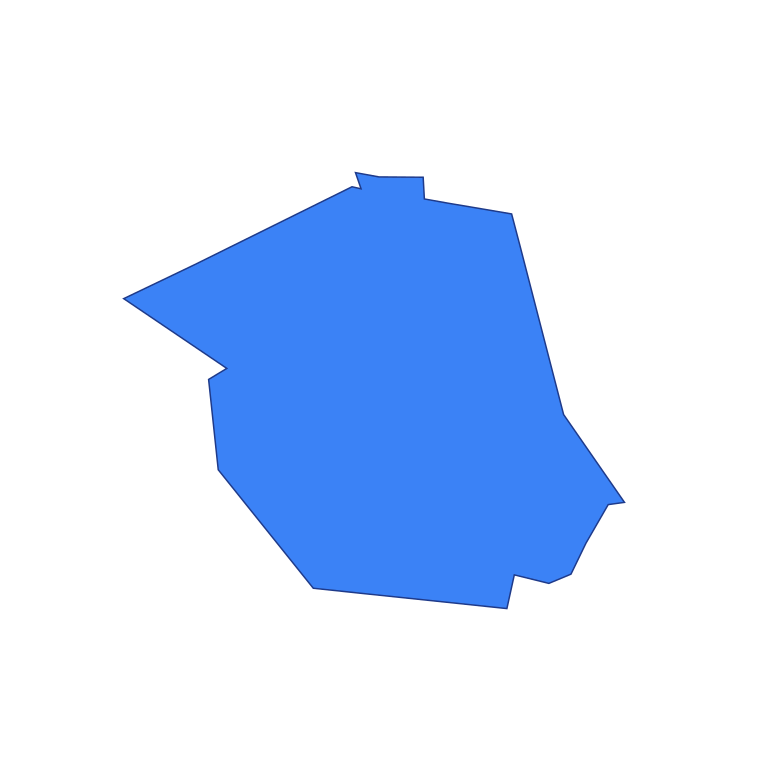 the district of Webster, West Virginia, United States of America, rotated 121°
{"feature_id": "52423323B92436746543107", "entity_name": "Webster", "entity_type": "district", "adm_level": 2, "iso_a3": "USA", "parent_name": "United States of America", "parent_adm1": "West Virginia", "projection": "robinson", "projection_center": [-80.456, 38.483], "detail": "fine", "context": "isolated", "style": "filled", "palette": "blue", "viewbox_px": 768, "rotation_deg": 121, "n_neighbors": 0, "source": "geoboundaries", "source_scale": "gbopen_adm2", "svg_char_len": 471}
<svg xmlns="http://www.w3.org/2000/svg" viewBox="0 0 768 768"><g transform="rotate(121 384 384)"><path d="M379.4,607.9L444.9,651.1L451.6,526.8L470.4,536.7L542.9,481.9L595.5,339.4L573.8,292.8L513.2,163.0L480.5,174.0L470.0,140.0L450.7,125.8L416.5,128.9L371.9,129.7L361.6,116.9L317.7,214.3L196.0,338.1L172.5,362.2L196.2,422.7L204.6,444.7L186.6,456.9L209.1,495.0L217.5,517.3L228.5,504.2L231.4,513.0L379.4,607.9Z" fill="#3b82f6" stroke="#1e3a8a" stroke-width="1.5"/></g></svg>